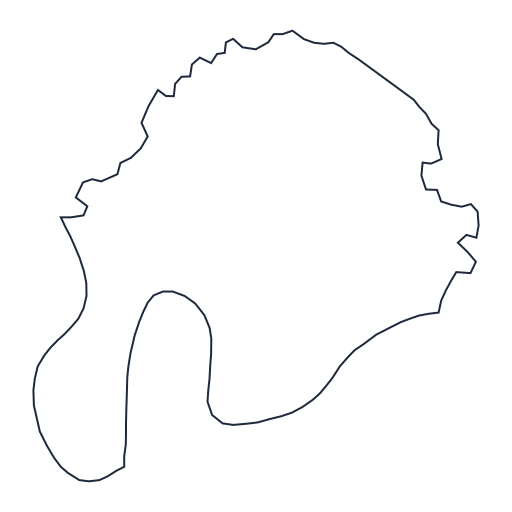 Caxambu do Sul, Santa Catarina, Brazil (Natural Earth projection)
{"feature_id": "56859067B6253969040856", "entity_name": "Caxambu do Sul", "entity_type": "district", "adm_level": 2, "iso_a3": "BRA", "parent_name": "Brazil", "parent_adm1": "Santa Catarina", "projection": "natural_earth1", "projection_center": [-52.929, -27.152], "detail": "fine", "context": "isolated", "style": "outline", "palette": "slate", "viewbox_px": 512, "rotation_deg": 0, "n_neighbors": 0, "source": "geoboundaries", "source_scale": "gbopen_adm2", "svg_char_len": 1853}
<svg xmlns="http://www.w3.org/2000/svg" viewBox="0 0 512 512"><path d="M60.8,217.3L65.8,227.8L69.9,235.5L74.5,245.8L79.6,257.9L83.9,271.1L86.3,283.2L86.5,296.0L83.5,308.5L78.3,318.8L70.8,327.5L64.2,334.4L57.8,340.1L50.3,347.8L44.4,355.3L37.7,366.4L34.8,378.7L33.4,390.3L33.9,405.6L36.7,417.8L39.8,431.5L46.9,445.7L54.1,457.8L60.8,466.8L68.0,473.0L79.3,480.1L89.0,481.3L99.4,480.1L107.3,476.5L117.0,470.4L124.2,466.8L124.2,456.2L125.8,444.5L126.0,433.4L126.0,423.4L126.3,410.1L126.8,395.3L127.3,377.1L128.4,366.4L130.5,353.2L134.8,335.0L139.4,321.3L143.2,312.0L147.7,302.6L153.6,295.4L163.0,291.5L172.6,291.5L184.7,296.0L195.2,303.5L204.4,315.2L209.6,327.9L211.3,338.5L211.1,354.2L210.3,364.4L209.5,379.1L208.3,389.9L207.5,401.6L212.1,415.0L222.6,423.4L233.1,424.9L247.0,423.7L257.8,422.4L269.2,419.2L281.4,416.2L291.8,412.7L302.3,407.1L312.5,400.0L320.0,393.3L326.7,385.2L332.6,377.7L339.8,366.4L347.4,357.7L354.6,350.2L364.2,343.7L376.3,334.6L400.4,322.3L409.6,318.8L418.8,315.6L428.4,313.8L438.6,312.6L441.2,300.6L445.8,290.5L451.2,280.6L456.3,272.1L470.5,273.1L475.9,261.8L467.9,252.3L457.9,242.7L466.4,234.9L476.4,237.7L478.6,225.5L477.6,211.6L470.9,204.1L461.7,206.7L451.2,204.7L441.2,201.5L437.0,189.9L426.0,189.5L421.4,175.6L422.6,162.6L431.1,163.6L441.6,159.0L437.8,144.2L438.6,130.2L431.6,123.8L426.0,113.8L419.6,107.2L413.7,99.7L358.9,59.6L348.7,52.9L341.5,46.9L333.5,42.8L323.8,43.8L314.3,42.8L304.1,39.2L292.4,30.7L282.7,34.1L273.8,34.1L268.4,42.2L255.8,49.3L242.4,47.3L233.1,38.8L225.9,42.4L224.7,52.9L217.0,54.0L211.1,63.1L199.8,57.6L191.9,64.5L190.1,76.4L181.5,76.8L175.1,83.9L173.8,96.2L165.9,96.0L157.9,90.0L148.5,106.2L141.5,122.8L147.7,136.5L140.7,148.4L130.9,157.8L120.4,163.0L117.4,174.2L101.1,181.4L92.2,179.2L83.0,182.4L75.8,197.4L87.3,206.3L83.5,215.4L71.2,217.3L60.8,217.3Z" fill="none" stroke="#1e293b" stroke-width="2"/></svg>